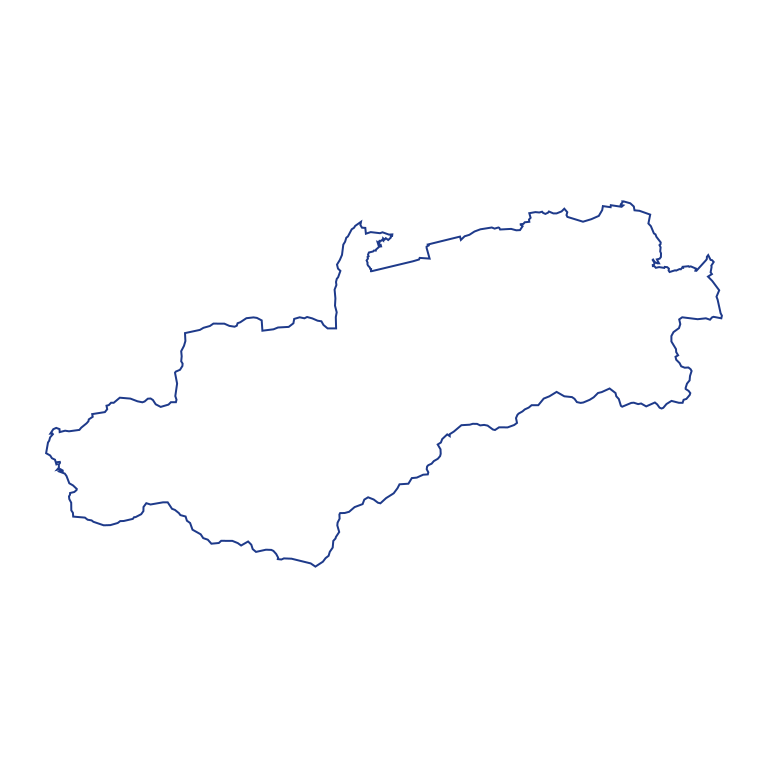 Manastirea Casin, Bacau, Romania (Robinson projection)
{"feature_id": "2599482B49837336791964", "entity_name": "Manastirea Casin", "entity_type": "district", "adm_level": 2, "iso_a3": "ROU", "parent_name": "Romania", "parent_adm1": "Bacau", "projection": "robinson", "projection_center": [26.602, 46.097], "detail": "fine", "context": "isolated", "style": "outline", "palette": "blue", "viewbox_px": 768, "rotation_deg": 0, "n_neighbors": 0, "source": "geoboundaries", "source_scale": "gbopen_adm2", "svg_char_len": 6071}
<svg xmlns="http://www.w3.org/2000/svg" viewBox="0 0 768 768"><path d="M328.6,555.8L329.8,551.8L332.7,547.6L333.3,540.9L335.5,538.5L335.9,537.0L339.2,532.0L337.3,525.4L337.6,522.6L339.6,518.7L339.4,514.5L340.1,513.1L344.7,513.0L349.1,511.8L354.6,507.1L362.6,504.1L364.3,499.6L368.1,497.3L373.7,499.5L377.9,502.7L380.4,503.3L386.1,498.1L393.7,493.3L397.5,488.2L399.5,484.3L408.4,483.7L411.8,478.1L416.8,477.6L423.2,474.7L427.8,474.4L428.3,472.3L426.7,469.2L427.1,466.5L428.3,465.2L431.6,463.7L433.8,461.1L437.8,458.8L440.1,456.1L440.7,453.8L440.5,449.3L437.7,444.5L440.9,442.5L442.2,439.1L447.2,434.4L449.7,436.1L449.7,434.2L453.8,431.6L461.4,425.2L469.8,424.7L472.8,423.8L477.1,423.9L480.2,425.4L484.1,424.9L487.6,425.6L492.9,429.5L495.0,430.0L499.1,427.3L507.6,427.4L514.2,425.0L517.0,422.9L516.0,418.1L517.4,414.9L518.6,413.6L522.5,411.4L524.8,409.4L528.7,407.6L531.6,405.2L538.3,405.2L543.7,398.6L549.4,396.3L556.6,391.9L564.3,396.3L572.0,397.1L574.5,398.8L576.9,402.1L580.6,402.9L583.3,402.5L589.7,399.8L593.7,397.3L598.0,393.0L601.7,392.1L609.6,388.5L615.5,393.0L616.3,396.3L618.8,399.0L620.9,405.8L622.2,406.7L631.3,402.9L633.8,402.7L638.1,404.1L641.1,403.5L646.2,406.4L654.9,402.5L657.2,404.4L659.6,407.7L661.6,408.5L663.3,407.8L666.5,404.0L671.5,400.9L678.9,402.8L682.6,402.8L683.6,399.8L686.4,398.9L689.7,395.0L690.3,393.1L688.6,390.9L685.7,389.0L685.6,388.0L687.0,383.6L689.6,380.4L690.0,376.0L691.6,371.0L690.6,369.2L688.4,367.5L684.7,367.7L681.2,366.3L679.6,363.1L676.2,359.7L675.5,356.8L678.1,355.3L676.2,352.1L676.0,349.1L671.4,341.5L671.4,336.0L673.5,332.1L679.0,328.1L680.3,324.1L679.2,319.4L682.2,317.3L697.7,319.2L705.9,318.3L710.0,319.7L712.0,317.4L713.5,316.8L721.3,318.3L721.9,315.7L720.6,313.2L717.6,299.6L716.5,296.7L719.2,290.3L712.2,280.9L708.0,276.6L711.9,274.1L710.6,272.3L711.6,266.9L711.3,265.7L713.7,262.0L712.1,260.2L710.6,259.9L708.2,255.1L706.9,256.8L706.8,259.1L706.0,260.2L696.4,270.8L695.4,270.7L696.0,268.6L690.8,266.4L689.2,266.8L688.6,266.2L682.8,266.8L683.0,267.8L682.2,267.7L680.8,269.3L679.5,269.1L676.1,270.6L675.1,270.3L669.6,272.0L668.6,270.5L668.9,268.6L667.3,267.2L664.7,266.9L664.3,267.9L659.1,267.1L655.8,267.8L654.3,266.1L652.9,266.1L652.8,265.0L653.7,264.8L654.7,263.2L652.7,260.0L653.1,259.6L654.7,262.0L657.3,263.3L659.0,263.3L656.9,259.4L659.6,258.7L660.9,257.0L661.0,253.3L660.2,251.4L660.6,247.3L659.5,245.1L660.5,244.2L660.7,242.4L656.4,236.8L655.5,234.4L653.9,233.4L650.9,226.2L648.4,223.5L650.2,214.6L639.5,210.8L634.5,210.3L633.8,206.5L630.3,203.3L623.6,201.4L622.4,201.4L622.6,202.2L620.9,204.2L620.7,204.9L623.2,205.4L621.6,206.8L610.8,205.2L610.6,207.2L602.9,206.1L602.2,210.1L598.8,215.9L591.3,219.2L583.0,221.7L567.4,216.9L566.5,215.1L567.3,212.2L564.3,208.7L561.6,211.4L556.6,213.4L553.3,213.4L548.9,211.5L548.0,212.7L545.4,213.9L543.1,212.9L542.1,211.7L539.3,212.5L535.4,212.1L529.3,213.2L530.6,217.8L529.0,219.5L529.3,221.8L524.7,222.3L523.4,223.9L520.7,224.2L520.7,224.8L522.6,226.2L520.0,230.1L516.3,230.3L511.1,228.9L500.1,229.5L499.3,227.9L498.4,227.5L494.6,228.6L491.8,227.5L480.4,229.3L474.5,231.5L469.4,234.8L464.6,236.3L460.9,239.9L460.0,236.6L427.9,244.5L428.6,245.5L426.6,246.6L426.6,247.9L429.6,258.6L419.7,257.9L419.0,259.5L412.9,261.3L371.6,271.2L371.0,271.2L371.1,269.0L370.2,268.8L369.9,267.6L367.9,265.4L367.4,264.0L367.6,262.8L366.6,260.4L367.9,258.7L367.6,256.9L368.6,256.3L368.0,254.7L368.9,252.5L373.0,251.5L374.0,250.5L375.8,250.6L376.0,249.6L379.4,246.6L381.1,246.4L380.7,244.9L378.6,245.5L377.7,242.6L378.1,242.9L378.4,242.0L379.1,242.6L379.0,242.1L379.8,241.8L379.8,240.8L381.4,240.7L382.2,239.8L383.2,240.6L383.2,238.4L384.6,239.6L385.8,238.2L388.2,240.0L390.8,237.6L390.8,236.2L392.1,236.0L392.3,234.4L389.0,234.6L382.5,232.3L380.0,233.2L370.7,232.1L365.9,233.7L365.3,227.9L362.0,227.7L360.4,225.0L361.0,221.8L355.2,225.9L354.0,227.8L351.7,229.3L347.9,236.5L346.3,237.7L345.1,241.7L343.3,244.6L342.0,254.9L339.8,260.0L337.0,264.6L338.0,268.6L340.4,270.9L338.1,277.3L336.8,278.8L336.0,282.0L336.4,285.0L334.6,289.6L335.4,298.4L335.0,305.7L336.7,312.3L335.8,317.1L336.1,328.4L327.6,328.4L323.5,325.0L321.4,321.3L317.6,320.7L312.3,318.4L307.1,317.0L304.4,318.3L299.7,317.3L294.2,318.9L293.4,323.3L288.7,326.9L278.0,327.5L273.5,329.3L262.4,330.7L261.7,320.4L256.9,317.9L253.5,317.4L246.4,318.2L240.2,322.3L237.6,323.2L236.8,325.7L234.6,326.7L229.4,325.9L224.4,323.7L213.4,323.6L209.9,326.0L203.5,327.8L199.9,329.9L185.0,333.1L185.4,341.0L184.0,345.8L181.2,351.2L181.7,356.3L181.2,361.3L182.6,363.6L182.4,366.0L180.0,369.8L175.8,371.6L175.0,372.7L177.1,383.6L175.3,396.1L176.5,399.7L175.9,402.2L170.9,402.2L168.5,404.6L160.7,406.9L155.7,404.3L152.9,400.0L150.6,398.5L147.8,398.7L144.6,401.5L142.4,402.3L137.5,401.3L130.4,398.6L119.8,397.7L113.7,402.8L111.1,402.7L108.8,405.1L106.5,405.7L107.2,409.2L104.9,412.1L92.2,414.1L92.7,416.8L88.8,419.4L88.4,421.3L86.6,423.3L81.2,427.7L79.4,429.9L69.0,431.3L65.1,430.7L59.7,432.1L59.5,429.1L56.2,427.9L53.3,429.2L50.4,433.6L52.4,433.5L52.9,434.2L50.1,437.4L49.2,440.7L48.0,442.5L46.1,453.2L50.2,455.5L51.9,458.2L55.0,459.7L56.4,464.4L56.9,464.2L56.5,463.1L57.0,462.2L59.8,461.9L60.0,462.8L58.8,464.6L58.9,467.6L57.0,469.8L60.3,469.1L62.7,470.5L62.7,471.3L60.6,470.6L59.2,471.5L64.8,473.6L66.5,476.0L69.3,483.3L73.0,485.4L76.8,489.0L76.5,490.1L74.3,492.0L70.1,493.0L70.0,494.7L69.0,496.4L69.3,499.1L71.2,502.7L71.3,510.4L72.9,512.8L73.2,516.6L84.9,517.6L87.6,519.7L91.6,520.4L93.4,521.8L103.7,525.3L110.4,525.1L117.7,523.0L120.2,521.1L123.7,521.0L132.8,518.9L134.1,517.2L135.6,517.1L141.2,514.2L143.4,511.1L143.5,507.0L146.3,503.2L150.5,504.5L163.2,502.3L167.7,502.3L172.0,508.8L174.9,509.9L178.9,513.1L180.4,515.1L185.6,516.5L186.9,520.7L190.1,523.0L192.5,529.7L200.7,534.3L203.2,538.1L207.8,539.7L211.4,543.7L218.8,543.0L221.2,540.8L232.4,540.9L237.8,543.1L241.1,545.5L248.1,541.5L251.3,544.7L252.7,549.1L256.0,551.9L266.0,549.7L271.3,549.9L273.4,550.9L276.2,554.0L278.1,557.6L277.8,559.1L281.4,559.5L283.9,558.4L291.5,558.7L310.7,563.4L315.4,566.6L322.9,561.7L325.6,558.1L328.6,555.8Z" fill="none" stroke="#1e3a8a" stroke-width="2"/></svg>